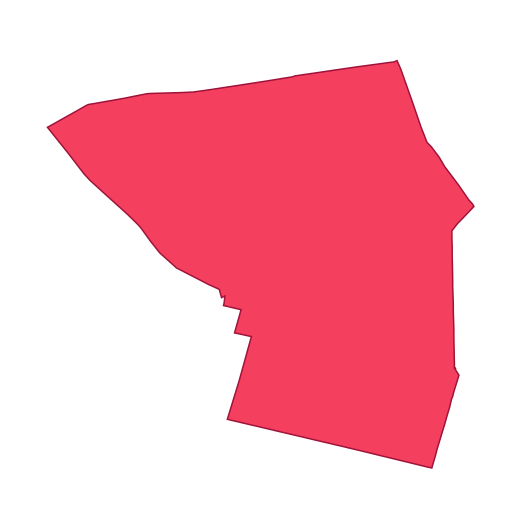 Dorobanti, Arad, Romania (Natural Earth projection), rotated 183°
{"feature_id": "2599482B12324082496079", "entity_name": "Dorobanti", "entity_type": "district", "adm_level": 2, "iso_a3": "ROU", "parent_name": "Romania", "parent_adm1": "Arad", "projection": "natural_earth1", "projection_center": [21.224, 46.354], "detail": "fine", "context": "isolated", "style": "filled", "palette": "rose", "viewbox_px": 512, "rotation_deg": 183, "n_neighbors": 0, "source": "geoboundaries", "source_scale": "gbopen_adm2", "svg_char_len": 1266}
<svg xmlns="http://www.w3.org/2000/svg" viewBox="0 0 512 512"><g transform="rotate(183 256 256)"><path d="M133.1,456.2L166.0,450.0L226.6,437.9L228.7,436.9L264.1,429.3L315.1,418.8L327.7,416.4L340.2,415.2L360.1,413.6L368.4,412.9L372.7,412.5L381.2,410.4L396.0,406.6L404.6,404.6L431.3,398.5L433.1,397.6L471.0,373.6L448.6,348.4L432.3,329.3L425.8,322.9L412.9,312.3L386.8,291.1L375.1,280.8L372.0,277.5L362.2,265.3L352.4,254.2L349.5,251.8L336.2,241.1L335.8,240.7L335.0,240.0L301.3,224.8L291.0,220.8L288.2,212.6L285.0,214.4L285.3,208.5L285.5,206.8L285.9,204.8L268.1,201.6L273.4,178.1L256.4,175.3L266.4,130.1L276.1,91.4L146.3,67.9L73.1,54.1L69.3,53.5L68.6,56.7L66.6,65.0L64.9,73.2L62.8,81.6L60.8,89.8L58.7,98.1L56.6,107.5L54.8,114.7L53.2,123.5L52.4,125.5L51.3,130.9L49.1,139.5L47.1,147.6L51.9,154.4L51.1,154.5L52.1,155.7L52.1,157.3L53.0,169.0L53.5,176.1L54.0,183.0L54.6,193.4L55.3,202.0L56.0,210.3L56.5,219.0L57.2,227.0L58.0,236.0L58.2,240.7L58.8,249.2L59.4,257.6L60.1,266.4L60.5,274.5L61.2,283.0L61.7,291.4L56.4,299.0L50.5,305.7L41.0,316.8L42.5,319.3L46.5,323.2L49.0,326.5L57.2,337.2L72.3,355.2L78.2,364.2L86.5,374.1L91.1,378.3L98.0,393.5L108.4,419.3L121.2,450.2L123.3,454.4L125.4,458.5L128.5,457.0L133.1,456.2Z" fill="#f43f5e" stroke="#9f1239" stroke-width="1.5"/></g></svg>